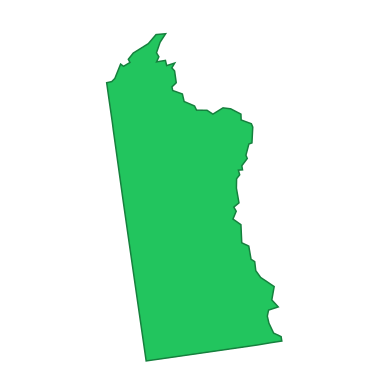 outline of Rich, Utah, United States of America, rotated 172°
{"feature_id": "52423323B55148108607943", "entity_name": "Rich", "entity_type": "district", "adm_level": 2, "iso_a3": "USA", "parent_name": "United States of America", "parent_adm1": "Utah", "projection": "natural_earth1", "projection_center": [-111.327, 41.572], "detail": "fine", "context": "isolated", "style": "filled", "palette": "green", "viewbox_px": 384, "rotation_deg": 172, "n_neighbors": 0, "source": "geoboundaries", "source_scale": "gbopen_adm2", "svg_char_len": 1091}
<svg xmlns="http://www.w3.org/2000/svg" viewBox="0 0 384 384"><g transform="rotate(172 192 192)"><path d="M261.4,189.1L261.2,114.2L260.9,31.1L151.2,31.4L149.7,31.4L148.3,31.4L134.7,31.8L124.0,31.9L123.8,31.9L123.9,36.4L130.8,40.9L134.1,51.4L134.7,58.6L132.6,64.4L122.6,66.2L128.0,74.0L123.8,86.9L135.9,97.8L139.8,105.2L139.6,114.3L142.9,117.2L143.3,130.5L149.8,134.8L148.1,152.8L155.2,159.5L150.9,166.8L152.7,171.2L147.0,174.7L147.5,189.6L146.0,198.9L142.4,202.4L143.0,207.2L138.9,206.9L139.0,211.1L132.6,217.5L133.5,220.9L129.0,231.6L125.8,232.3L122.8,247.8L123.7,251.3L133.3,256.5L132.7,262.3L142.1,269.0L149.6,271.0L160.5,266.2L165.7,270.8L176.1,272.4L177.5,276.8L187.2,282.7L187.9,290.4L197.0,295.2L197.2,298.9L192.4,302.4L192.4,314.3L194.7,317.7L191.2,322.1L199.5,320.7L200.0,326.0L209.0,325.8L206.0,330.5L207.8,334.8L202.8,344.7L196.1,352.4L205.7,352.9L214.6,345.0L230.8,337.8L236.6,332.3L235.4,328.9L242.3,326.0L244.9,328.6L252.6,315.2L256.1,312.5L261.3,312.1L261.3,299.3L261.2,271.2L261.3,264.8L261.4,194.4L261.4,189.1Z" fill="#22c55e" stroke="#15803d" stroke-width="1.5"/></g></svg>